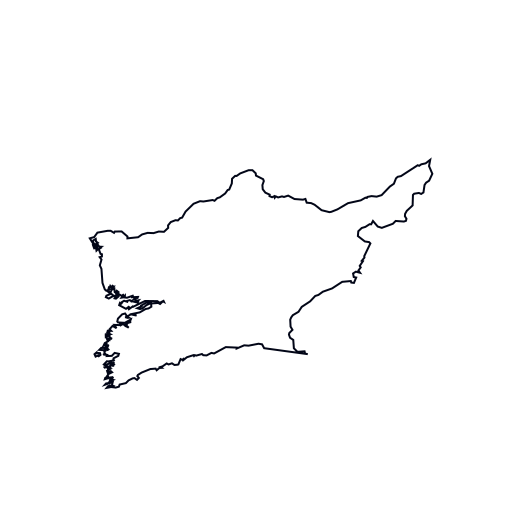 the State of Maranhão, rotated 235°
{"feature_id": "BRA-593", "entity_name": "Maranhão", "entity_type": "State", "adm_level": 1, "iso_a3": "BRA", "parent_name": "Brazil", "parent_adm1": "", "projection": "equal_earth", "projection_center": [-45.076, -5.686], "detail": "fine", "context": "isolated", "style": "outline", "palette": "ink", "viewbox_px": 512, "rotation_deg": 235, "n_neighbors": 0, "source": "natural_earth", "source_scale": "10m", "svg_char_len": 6024}
<svg xmlns="http://www.w3.org/2000/svg" viewBox="0 0 512 512"><g transform="rotate(235 256 256)"><path d="M228.7,65.6L231.3,62.7L231.3,64.7L231.9,64.3L231.8,62.1L233.6,58.1L234.2,60.3L233.5,61.8L234.6,61.8L233.0,62.2L232.9,64.0L234.9,66.3L237.2,58.4L237.6,60.1L235.9,63.1L235.9,64.7L236.8,62.7L237.0,64.4L236.1,66.8L237.2,65.6L236.6,67.9L237.3,67.4L238.1,64.4L238.6,67.0L238.0,67.7L239.0,69.7L239.0,67.5L239.8,67.6L241.8,61.5L242.6,62.6L241.4,66.5L242.8,64.4L243.9,67.5L243.3,71.4L245.0,71.0L245.3,67.5L246.3,67.8L246.2,69.7L247.4,67.3L247.2,70.9L248.4,69.1L247.9,73.5L251.4,68.3L250.5,68.3L251.5,68.1L251.6,70.7L249.9,71.5L249.4,75.6L248.7,75.4L248.3,75.6L247.5,76.8L248.8,75.9L248.6,77.4L250.0,77.2L250.1,79.1L250.4,75.2L251.3,74.1L251.0,75.6L251.9,74.7L253.3,69.5L254.4,69.1L255.3,73.5L252.3,76.5L253.6,76.2L252.0,79.7L252.3,80.6L252.5,79.1L253.9,80.7L253.2,85.9L254.5,87.6L257.7,84.6L256.9,80.6L259.6,76.4L260.3,77.4L261.8,75.6L262.2,76.3L261.4,76.5L262.2,76.5L262.7,74.1L262.9,76.2L264.5,76.8L264.8,78.2L264.1,77.9L265.8,79.1L264.1,80.5L264.1,81.5L265.8,81.2L266.2,77.2L269.0,73.8L269.5,76.5L267.5,79.2L267.5,81.5L266.2,81.5L267.4,83.5L266.9,83.8L267.6,83.7L268.4,81.5L269.6,83.2L270.2,82.9L269.5,82.1L269.9,80.0L270.8,82.6L271.0,81.5L271.4,82.2L271.0,85.9L272.0,86.8L270.4,88.3L271.9,87.5L272.1,86.9L271.9,85.9L274.0,86.5L270.8,90.6L273.3,89.4L275.0,90.5L275.8,86.5L277.5,87.6L275.6,91.7L276.8,91.1L277.5,92.0L278.3,90.6L278.4,92.6L279.3,91.1L279.8,91.7L277.8,94.4L280.0,94.1L281.0,98.4L276.9,100.3L280.8,100.5L277.2,105.2L276.0,105.3L277.8,105.7L275.7,108.5L274.0,108.8L274.5,110.0L272.7,109.4L270.3,110.6L273.7,110.0L274.3,111.4L275.4,110.2L273.6,115.8L275.4,113.9L275.5,116.6L275.8,117.0L276.5,110.2L280.7,104.9L281.9,104.8L283.9,107.0L285.0,112.9L284.0,115.8L281.5,115.8L280.3,114.3L279.0,115.3L278.4,116.4L280.4,115.3L280.0,120.0L275.7,124.0L279.4,121.7L276.5,128.4L275.9,135.2L274.7,137.9L274.5,141.2L276.7,142.5L276.8,143.6L273.6,149.0L271.7,149.9L272.3,153.7L271.2,154.3L272.3,154.5L272.9,150.3L275.6,149.3L282.8,139.3L285.0,125.5L285.4,127.0L285.3,121.3L286.6,121.4L287.4,123.4L287.3,119.2L294.2,115.7L295.6,117.6L293.5,118.2L294.5,118.4L294.8,120.2L295.2,118.7L295.0,122.3L292.6,124.1L293.2,124.4L292.2,127.3L290.8,128.2L289.8,127.3L290.2,128.4L285.8,132.2L286.1,134.0L286.6,132.0L287.1,134.3L288.4,131.4L289.6,132.6L290.6,131.1L291.0,133.2L289.6,134.9L290.2,135.8L293.4,130.7L294.3,131.4L293.9,133.2L295.8,126.4L297.3,124.7L298.3,125.5L297.9,124.3L299.0,122.0L300.4,125.8L300.4,123.1L304.6,121.3L305.3,119.0L305.4,122.6L307.4,122.0L306.7,120.2L307.9,119.0L307.2,120.5L308.1,119.9L310.6,121.3L311.3,117.3L312.6,122.0L313.5,120.8L314.0,122.3L313.6,119.4L315.0,119.4L313.7,117.6L315.3,118.2L312.9,115.5L313.5,113.4L315.4,113.0L322.0,114.8L334.1,122.0L337.9,122.7L341.7,127.4L344.7,127.3L344.0,129.5L345.8,130.8L346.9,129.9L351.8,131.1L351.7,133.5L352.6,133.1L352.5,134.3L353.6,132.9L357.5,132.9L357.5,134.0L359.7,133.3L361.9,134.5L362.1,131.7L359.8,129.7L365.8,130.0L364.3,134.3L366.1,139.5L361.7,149.0L360.0,151.4L356.4,153.0L357.0,154.4L353.2,160.0L345.7,161.9L344.2,160.8L339.0,170.2L339.0,175.1L337.1,180.5L333.5,185.2L331.8,190.4L328.6,194.5L329.4,200.2L331.5,201.5L332.7,205.6L331.5,210.6L329.9,212.4L330.5,215.6L329.8,217.5L332.8,223.8L334.6,234.8L333.0,241.6L330.8,244.2L326.7,252.6L325.0,253.7L325.6,257.5L324.8,260.0L324.9,266.6L326.3,270.6L325.8,272.2L329.3,277.8L333.0,280.7L333.6,284.9L332.7,286.0L332.7,290.5L330.5,299.2L328.3,302.3L323.9,303.2L321.9,302.1L314.8,305.9L312.9,305.4L310.4,301.9L306.8,299.8L302.5,300.0L298.4,302.4L297.3,301.4L294.9,302.9L294.5,305.3L293.0,304.8L293.5,306.4L291.3,307.7L289.9,311.5L288.3,312.8L287.0,317.0L280.6,320.2L275.2,326.8L274.4,329.2L270.6,328.1L267.7,331.5L264.4,333.4L255.9,336.0L249.8,341.3L249.0,343.0L247.5,349.4L246.5,361.7L241.5,373.7L241.0,379.1L240.0,380.1L240.5,381.1L238.8,385.0L235.4,388.9L233.8,393.8L236.1,405.5L236.1,410.4L239.3,415.2L239.6,417.5L238.3,420.6L237.6,440.5L236.3,441.4L236.3,444.0L234.6,448.1L234.9,453.9L230.4,449.3L222.2,447.6L218.4,441.0L218.5,437.4L217.5,434.8L212.0,429.6L212.1,426.9L214.2,425.6L216.3,421.3L216.0,419.6L207.6,413.3L206.5,405.4L205.0,402.3L203.2,400.8L200.2,400.6L198.8,399.0L199.4,396.9L204.6,390.5L203.9,386.6L206.9,375.2L210.3,372.6L217.6,371.9L215.9,368.5L216.9,367.3L217.1,362.3L218.3,358.7L217.6,354.0L213.9,350.9L205.5,353.5L202.5,356.6L200.7,356.9L193.8,344.6L192.5,343.9L191.4,339.9L190.4,340.6L188.4,335.3L186.6,335.2L185.4,331.6L182.6,331.6L185.9,328.8L186.0,325.5L182.7,324.0L180.9,325.7L177.8,320.8L179.6,318.8L181.1,319.3L185.4,311.8L185.8,299.7L188.4,290.3L188.3,284.8L189.3,281.6L187.8,274.3L188.1,264.3L185.9,258.8L186.4,252.2L185.5,249.6L184.2,247.5L178.3,243.8L174.6,243.5L173.8,239.1L172.7,237.9L169.5,237.0L165.9,238.4L158.7,234.1L153.7,235.0L150.1,241.1L147.9,240.2L145.9,242.1L175.8,209.8L180.2,210.3L182.7,207.7L186.8,198.5L189.6,195.1L191.3,187.1L192.0,187.7L198.7,179.0L200.2,165.8L202.2,163.9L202.9,158.5L205.0,155.9L206.7,155.5L208.7,149.9L209.9,149.0L209.6,147.8L210.7,147.8L212.7,141.3L212.4,136.8L213.3,137.3L213.3,136.0L214.8,135.1L211.7,130.2L212.0,129.3L213.5,126.7L216.3,125.6L217.3,122.2L219.2,121.2L219.2,116.2L219.9,114.1L218.5,114.6L219.7,112.6L219.4,109.1L221.3,109.2L224.0,104.6L226.1,95.5L226.3,91.0L225.7,89.9L223.3,90.1L222.8,87.5L225.7,86.4L226.5,84.8L227.2,80.3L226.5,76.5L228.9,70.6L227.6,68.7L228.7,65.6ZM281.3,128.8L280.2,134.3L281.3,132.6L280.7,139.3L277.5,144.0L278.6,138.0L278.2,132.9L279.1,130.5L281.3,128.8ZM308.4,109.4L309.3,110.7L308.2,115.7L305.1,116.6L305.6,111.0L308.4,109.4ZM268.2,67.4L268.4,69.7L267.3,68.8L268.0,70.0L265.9,72.5L264.2,71.9L264.1,69.6L264.6,69.3L264.9,70.9L265.6,66.9L268.2,67.4ZM358.8,128.8L359.3,130.5L357.4,131.1L356.9,128.8L354.2,127.6L358.8,128.8ZM301.7,120.3L301.4,116.8L302.2,116.1L302.5,118.1L303.7,117.0L304.3,117.8L303.9,119.8L302.6,120.6L301.7,120.3ZM351.9,128.4L355.4,130.1L356.8,131.7L352.2,130.1L351.9,128.4ZM308.9,115.1L311.1,114.5L310.1,116.7L308.9,115.1Z" fill="none" stroke="#020617" stroke-width="2"/></g></svg>